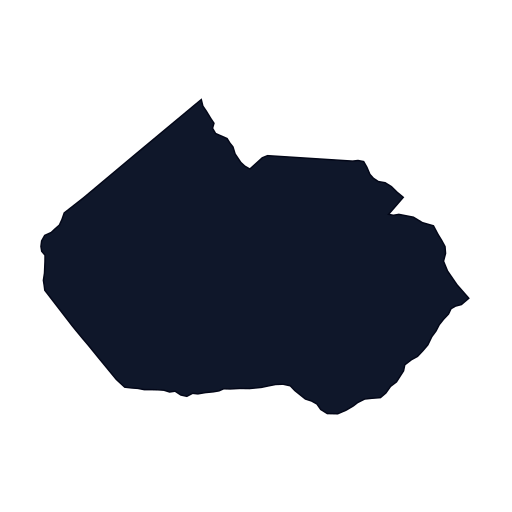 the district of Carnaubal, Ceará, Brazil, rotated 184°
{"feature_id": "56859067B53334562324316", "entity_name": "Carnaubal", "entity_type": "district", "adm_level": 2, "iso_a3": "BRA", "parent_name": "Brazil", "parent_adm1": "Ceará", "projection": "albers", "projection_center": [-41.024, -4.14], "detail": "fine", "context": "isolated", "style": "filled", "palette": "ink", "viewbox_px": 512, "rotation_deg": 184, "n_neighbors": 0, "source": "geoboundaries", "source_scale": "gbopen_adm2", "svg_char_len": 1625}
<svg xmlns="http://www.w3.org/2000/svg" viewBox="0 0 512 512"><g transform="rotate(184 256 256)"><path d="M113.2,324.8L119.9,329.6L125.7,334.6L132.3,338.1L139.2,338.8L144.4,341.8L148.1,345.4L151.6,352.3L155.2,357.7L160.9,358.4L166.2,357.4L251.5,356.9L256.6,354.4L262.8,347.9L268.2,342.3L273.5,344.9L277.7,348.3L284.0,356.4L286.6,363.2L290.0,366.9L293.0,371.1L304.9,375.4L308.3,380.4L307.2,385.5L310.7,390.0L315.5,396.8L319.5,401.9L321.5,408.2L327.1,402.9L381.6,350.7L432.0,302.1L450.3,285.6L452.1,278.9L454.3,273.1L458.5,268.9L461.9,265.2L468.2,261.8L470.9,256.1L471.2,250.5L470.1,245.8L466.5,242.1L466.1,235.3L465.8,224.1L466.4,216.9L465.3,212.1L464.3,207.1L434.6,173.7L430.7,169.5L422.8,161.2L417.5,155.8L406.1,143.6L386.7,123.1L377.8,116.0L370.5,115.7L364.7,115.7L358.3,114.9L350.7,115.4L344.0,115.7L338.5,115.7L332.7,114.3L327.3,115.5L321.3,112.1L315.2,111.2L309.7,114.6L304.4,114.4L297.0,116.2L289.3,117.5L283.5,118.9L279.0,121.3L272.4,121.6L262.6,122.8L253.4,123.3L241.5,125.3L234.5,127.3L227.5,129.2L220.1,130.0L212.7,128.9L207.9,124.5L196.8,116.8L190.4,115.2L184.9,112.6L180.7,107.4L173.9,103.8L163.5,104.3L155.2,108.6L148.4,113.3L144.5,116.8L137.6,120.9L130.9,122.1L122.0,123.4L116.9,128.4L112.7,135.3L107.1,140.2L103.5,146.8L100.8,151.7L100.0,157.8L93.7,163.4L87.9,167.1L82.9,173.2L78.4,179.3L75.0,187.8L71.2,193.8L68.4,200.3L64.4,206.1L59.9,211.6L57.8,217.0L53.6,219.9L47.7,221.9L40.8,228.7L53.5,241.3L63.9,254.4L68.6,263.9L67.1,271.8L68.1,278.6L72.0,284.7L76.0,290.3L81.1,298.5L92.4,300.9L101.7,305.7L116.4,307.5L121.8,306.2L126.7,306.8L113.2,324.8Z" fill="#0f172a" stroke="#020617" stroke-width="1.5"/></g></svg>